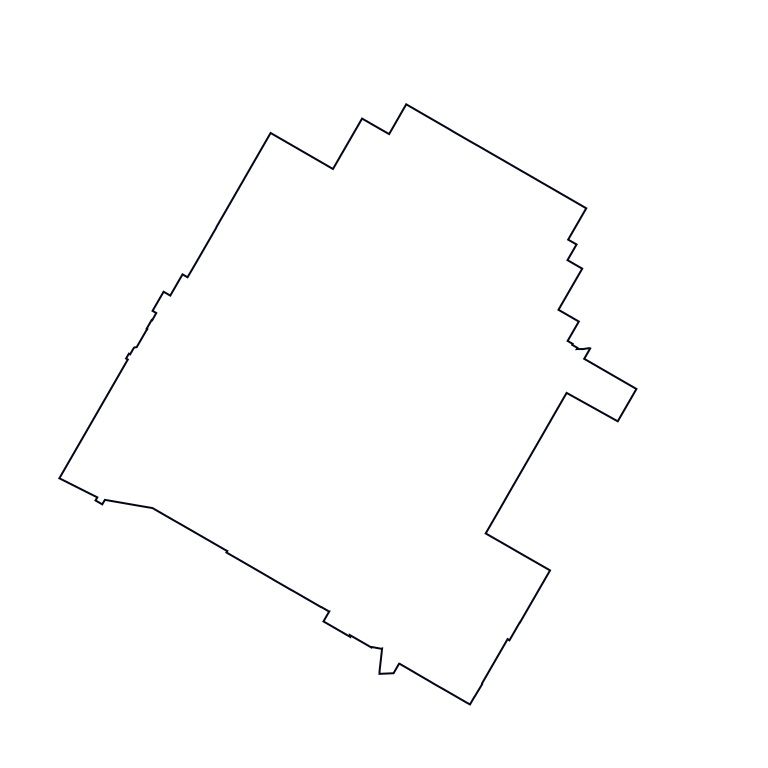 the district of Mingenew, Western Australia, Australia, rotated 30°
{"feature_id": "25037944B46578815208654", "entity_name": "Mingenew", "entity_type": "district", "adm_level": 2, "iso_a3": "AUS", "parent_name": "Australia", "parent_adm1": "Western Australia", "projection": "robinson", "projection_center": [115.511, -29.145], "detail": "fine", "context": "isolated", "style": "outline", "palette": "ink", "viewbox_px": 768, "rotation_deg": 30, "n_neighbors": 0, "source": "geoboundaries", "source_scale": "gbopen_adm2", "svg_char_len": 2373}
<svg xmlns="http://www.w3.org/2000/svg" viewBox="0 0 768 768"><g transform="rotate(30 384 384)"><path d="M160.3,234.6L160.4,318.8L160.4,323.1L160.4,331.8L160.5,332.1L160.6,332.4L160.6,374.4L160.5,389.8L154.7,389.8L154.7,409.8L154.7,413.9L154.7,414.3L147.0,414.3L147.0,436.4L151.3,436.4L151.4,444.7L150.8,444.7L150.8,454.8L151.6,454.8L151.6,455.5L151.6,455.8L151.5,456.0L151.4,456.2L151.4,462.9L151.4,463.1L151.4,466.0L151.4,475.7L151.4,475.8L149.5,477.2L149.3,477.9L149.3,481.2L149.3,485.3L147.9,485.3L147.9,490.9L149.9,490.9L149.9,501.0L150.0,605.6L150.0,628.0L168.8,626.9L183.0,626.1L192.4,625.5L192.4,629.1L200.2,629.1L200.2,623.9L213.8,618.9L222.8,615.6L236.4,610.6L245.5,607.2L259.3,607.2L268.5,607.2L286.9,607.1L305.4,607.1L319.2,607.1L328.4,607.1L331.8,607.0L331.8,608.7L370.6,608.7L370.8,608.7L371.1,608.7L389.2,608.8L406.4,608.8L407.5,608.7L408.0,608.7L426.9,608.7L441.2,608.7L441.4,608.6L441.5,608.5L450.1,608.5L450.3,608.4L450.3,619.9L465.9,619.9L481.0,619.9L480.0,618.5L480.4,618.5L504.9,618.5L504.9,617.9L513.9,614.7L514.6,614.0L518.9,623.8L523.5,634.4L525.0,637.3L536.9,629.7L536.9,626.8L536.9,618.7L537.1,618.5L542.3,618.5L548.4,618.5L562.6,618.6L564.7,618.6L570.1,618.6L576.8,618.7L581.3,618.7L589.5,618.6L594.2,618.6L601.1,618.6L614.7,618.6L618.7,618.5L618.7,610.1L618.8,610.1L619.1,594.8L618.6,594.3L618.6,554.4L618.6,553.8L618.6,543.1L620.6,543.1L620.6,543.3L620.8,543.3L620.8,542.9L620.8,522.6L621.0,522.6L621.0,507.8L621.0,507.7L621.0,462.4L591.7,462.5L568.5,462.5L546.8,462.6L546.8,458.4L546.8,440.2L546.8,433.1L546.7,412.3L546.7,372.6L546.7,354.7L546.7,350.7L546.6,324.0L546.6,300.4L552.2,300.3L601.8,299.5L602.0,299.5L605.1,299.4L605.1,275.8L605.1,262.1L578.9,262.1L574.5,262.1L544.8,262.1L544.8,250.0L544.6,250.0L542.8,251.1L539.1,254.1L534.1,257.0L533.5,257.4L533.5,256.0L527.4,256.0L527.4,254.9L521.5,254.9L521.5,232.5L508.3,232.5L498.0,232.5L498.0,185.0L489.5,185.0L481.0,185.0L481.0,166.9L471.3,166.9L471.3,130.7L464.7,130.7L441.9,130.7L420.3,130.7L398.3,130.7L388.5,130.7L365.1,130.7L363.1,130.7L359.2,130.7L355.3,130.7L346.3,130.7L337.6,130.8L329.0,130.8L328.5,130.8L317.7,130.8L313.1,130.7L288.3,130.7L280.0,130.7L263.4,130.7L263.5,165.0L247.0,165.1L232.3,165.1L232.3,196.5L232.3,223.3L231.3,223.3L220.3,223.3L207.4,223.3L198.1,223.3L184.2,223.3L170.2,223.3L160.3,223.3L160.3,234.6Z" fill="none" stroke="#020617" stroke-width="2"/></g></svg>